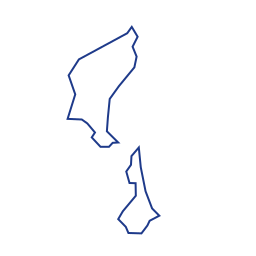 the border of Caloocan, rotated 313°
{"feature_id": "PHL-5545", "entity_name": "Caloocan", "entity_type": "Highly Urbanized City", "adm_level": 1, "iso_a3": "PHL", "parent_name": "Philippines", "parent_adm1": "", "projection": "robinson", "projection_center": [121.026, 14.697], "detail": "fine", "context": "isolated", "style": "outline", "palette": "blue", "viewbox_px": 256, "rotation_deg": 313, "n_neighbors": 0, "source": "natural_earth", "source_scale": "10m", "svg_char_len": 638}
<svg xmlns="http://www.w3.org/2000/svg" viewBox="0 0 256 256"><g transform="rotate(313 128 128)"><path d="M144.7,45.3L196.8,62.8L204.5,61.8L201.3,72.8L190.6,75.9L186.1,85.6L176.7,91.3L152.4,92.8L136.8,94.8L122.0,106.1L111.2,114.8L110.7,130.7L106.7,126.9L101.3,126.9L95.5,120.7L96.4,107.9L102.2,106.9L103.6,95.1L102.7,88.4L93.5,77.6L116.6,66.5L126.0,48.7L144.7,45.3ZM51.5,199.9L54.2,193.8L54.7,183.0L63.6,181.0L83.8,179.9L92.8,171.2L88.8,166.6L95.0,156.4L103.1,155.3L109.8,149.7L121.1,149.2L108.0,164.1L93.7,184.0L85.6,200.5L85.2,210.7L74.9,207.1L69.9,208.7L60.1,209.7L51.5,199.9Z" fill="none" stroke="#1e3a8a" stroke-width="2"/></g></svg>